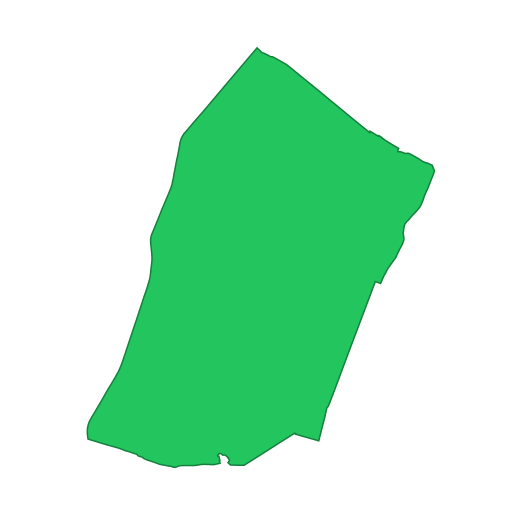 outline of Hillegom, Zuid-Holland, Netherlands, rotated 174°
{"feature_id": "6326949B57976108434899", "entity_name": "Hillegom", "entity_type": "district", "adm_level": 2, "iso_a3": "NLD", "parent_name": "Netherlands", "parent_adm1": "Zuid-Holland", "projection": "mercator", "projection_center": [4.578, 52.295], "detail": "fine", "context": "isolated", "style": "filled", "palette": "green", "viewbox_px": 512, "rotation_deg": 174, "n_neighbors": 0, "source": "geoboundaries", "source_scale": "gbopen_adm2", "svg_char_len": 5722}
<svg xmlns="http://www.w3.org/2000/svg" viewBox="0 0 512 512"><g transform="rotate(174 256 256)"><path d="M184.7,128.9L184.1,130.1L176.3,145.8L140.0,218.1L135.0,215.7L130.8,223.0L129.9,224.2L129.1,225.3L128.7,225.8L128.1,226.8L127.1,228.5L126.9,228.9L126.7,229.0L126.2,229.6L125.0,231.1L123.1,233.2L120.5,236.1L117.7,239.3L117.1,240.0L116.6,240.6L115.9,242.0L114.4,244.5L112.8,247.0L112.6,247.5L112.0,248.3L109.9,251.3L109.5,251.9L109.1,252.7L108.8,253.3L108.1,254.7L107.8,255.3L107.6,255.7L107.3,256.3L107.2,257.1L107.1,257.9L107.0,258.3L107.0,258.6L107.1,258.9L107.1,260.9L107.1,261.5L107.3,262.2L107.3,262.9L107.2,263.6L107.1,264.3L106.8,265.0L106.5,266.2L106.2,267.3L106.0,268.4L105.7,269.5L105.4,270.5L105.1,271.0L104.8,271.7L104.3,272.5L103.3,273.5L102.7,274.3L101.7,275.0L100.5,275.9L99.9,276.5L99.4,277.0L96.5,279.8L93.8,282.0L93.1,282.6L92.4,283.2L88.8,286.6L87.7,287.8L86.7,289.3L85.2,291.9L84.2,293.8L82.7,297.0L82.0,298.5L79.6,302.8L79.2,303.4L79.0,303.7L78.3,304.9L77.1,307.1L76.5,308.3L75.0,311.2L73.5,314.1L72.5,315.9L71.3,318.3L69.9,321.3L69.7,321.8L69.7,322.0L69.7,322.3L69.7,322.5L70.1,323.6L70.4,324.7L70.7,325.7L70.9,325.9L71.1,327.8L73.5,329.1L74.5,329.8L75.5,330.3L77.7,331.2L78.2,331.4L79.1,331.9L80.5,332.8L80.9,333.1L84.3,335.9L87.9,338.5L89.7,339.8L90.6,340.4L92.8,341.8L93.4,342.1L93.5,342.1L93.8,342.2L94.7,342.3L96.1,342.3L96.6,342.4L97.7,342.8L97.8,342.8L98.8,343.4L99.7,343.9L100.2,344.1L101.2,344.4L102.1,344.7L102.7,344.8L103.2,344.9L103.4,344.9L103.9,344.8L104.0,344.9L104.1,345.0L103.7,346.8L103.5,347.2L102.9,348.1L104.6,349.4L107.8,351.7L109.0,352.6L110.9,354.1L112.0,354.9L113.8,356.3L115.6,357.8L116.9,358.8L116.8,359.0L118.5,360.3L118.9,360.7L118.7,360.9L119.8,361.8L121.3,362.9L121.6,362.2L122.7,363.0L129.6,368.2L130.1,366.8L131.5,368.3L135.3,372.1L144.9,381.8L166.1,403.3L173.1,410.5L187.1,424.6L203.0,440.6L204.9,442.4L205.4,443.0L206.0,443.5L206.9,444.1L208.0,444.9L213.2,448.6L218.2,452.1L218.8,452.4L219.1,452.5L219.4,452.5L220.4,452.7L220.6,452.8L220.9,452.9L221.2,453.1L221.5,453.3L222.6,454.1L226.8,456.8L227.9,457.2L228.4,457.3L228.5,457.4L228.7,457.6L228.9,457.8L229.4,458.3L229.8,458.8L230.2,459.4L230.6,459.9L233.2,462.9L259.6,437.7L293.9,404.8L294.7,404.1L295.0,403.8L297.4,401.6L297.8,401.2L298.4,400.6L299.9,399.3L300.6,398.6L302.3,397.0L302.6,396.8L303.0,396.4L303.6,395.8L304.4,395.1L305.3,394.2L306.1,393.4L306.9,392.6L309.4,390.3L310.0,389.6L310.7,389.0L311.5,388.2L311.9,387.8L312.5,387.3L313.0,386.8L313.9,386.0L314.5,385.4L314.8,385.2L315.1,384.9L315.6,384.2L315.8,384.0L316.0,383.7L316.2,383.4L316.5,383.1L316.7,382.8L317.1,382.2L317.3,381.9L317.5,381.7L318.3,380.1L318.6,379.5L318.7,379.3L318.8,379.1L319.4,377.5L319.5,377.1L319.7,376.8L319.9,376.0L320.0,375.5L320.5,373.9L321.0,372.1L321.2,371.3L321.7,369.7L322.2,368.0L322.4,367.3L322.8,366.1L323.1,365.1L323.3,364.6L323.4,364.0L323.5,363.6L323.7,363.2L324.2,361.6L324.6,360.7L324.8,360.0L325.0,359.3L325.2,358.6L325.6,357.5L325.8,356.5L326.2,355.4L326.5,354.2L326.7,353.6L326.9,353.1L327.2,351.9L327.4,351.2L327.7,350.2L328.1,348.9L329.2,345.3L329.4,344.6L329.5,344.0L329.7,343.4L329.9,342.7L330.1,342.0L330.4,341.0L330.7,340.2L330.9,339.5L331.5,337.7L332.0,336.1L332.1,335.8L333.8,332.0L337.5,325.2L343.6,314.2L343.8,313.8L344.5,312.7L344.9,312.0L345.2,311.3L345.8,310.2L345.7,310.1L346.1,309.4L347.3,307.2L348.3,305.4L350.0,302.1L350.6,301.0L351.7,299.1L352.1,298.3L355.5,291.9L356.4,290.3L357.4,288.5L357.8,287.6L358.3,286.3L358.5,285.8L358.7,284.8L358.8,284.3L359.0,283.7L359.1,283.0L359.2,282.2L359.3,281.7L359.3,281.3L359.4,280.9L359.4,279.4L359.4,277.6L359.4,273.8L359.4,272.1L359.4,271.9L359.4,269.4L359.5,268.1L359.5,267.6L359.5,267.1L359.6,265.7L359.7,264.5L359.7,264.1L359.9,263.0L360.0,261.7L360.3,260.8L360.9,257.9L361.9,253.7L362.2,251.8L363.9,244.9L366.0,239.7L368.6,233.6L370.4,229.8L370.4,229.7L370.7,229.1L371.2,228.2L381.8,204.5L387.0,193.2L395.5,174.4L396.5,172.1L397.2,170.7L397.8,169.3L398.1,168.8L398.3,168.3L399.1,166.4L400.5,163.5L401.1,162.3L401.8,161.0L402.2,160.2L402.7,159.3L403.4,158.0L404.2,156.7L404.9,155.4L405.4,154.7L406.0,153.9L406.7,152.9L406.9,152.7L407.4,152.0L408.0,151.0L408.6,150.2L413.8,143.2L416.7,139.5L419.4,135.8L424.1,129.2L433.7,116.2L436.1,113.1L439.1,108.7L440.3,106.2L441.4,103.1L441.9,100.8L442.2,98.4L442.3,95.6L442.2,91.5L425.6,84.4L413.4,79.6L409.9,78.0L409.3,77.6L408.0,76.8L406.5,76.1L402.1,74.4L399.2,72.9L398.7,72.8L398.2,72.5L396.3,71.7L395.9,71.6L395.5,71.3L395.1,71.0L394.9,70.7L394.7,70.3L394.3,69.7L393.5,69.2L390.1,67.8L389.8,67.6L389.5,67.3L389.1,66.5L386.6,65.1L385.2,64.3L383.7,63.7L382.3,63.1L379.4,61.7L378.0,61.1L376.6,60.4L374.0,59.1L372.2,58.5L371.4,58.2L368.9,57.5L365.9,56.6L364.4,56.1L364.3,56.3L363.8,56.1L362.4,55.7L361.8,55.4L361.1,55.1L360.7,54.7L358.9,54.3L358.1,54.3L357.4,54.4L354.6,55.3L353.0,55.4L349.1,55.1L343.4,54.5L341.0,54.2L338.4,54.1L336.1,54.1L332.4,54.4L329.2,54.2L327.7,54.0L319.7,52.9L313.4,53.6L313.7,56.5L313.3,56.5L313.8,60.7L314.1,60.8L314.6,60.9L314.9,60.8L315.1,61.7L315.0,61.8L314.9,61.9L314.8,62.0L314.7,62.1L313.9,62.7L313.3,63.1L313.1,63.2L313.1,63.3L312.9,63.3L312.7,63.4L312.4,63.4L312.2,63.4L311.9,63.3L311.7,63.2L309.8,61.5L309.8,61.4L307.6,61.3L304.8,58.5L305.1,58.3L303.6,55.7L305.5,53.4L303.2,50.8L297.4,50.0L289.7,49.1L268.9,59.4L251.2,68.3L235.9,75.8L235.4,75.4L234.5,74.6L234.8,74.4L233.9,74.1L232.9,73.7L228.1,71.7L218.0,67.7L212.9,65.6L212.3,67.1L211.3,70.0L210.2,72.9L209.1,76.0L208.3,78.2L206.7,82.5L206.1,84.1L205.2,86.3L204.6,88.1L204.3,88.8L204.0,89.8L203.9,90.1L203.6,91.1L203.1,92.6L201.4,97.6L200.0,98.8L198.2,102.0L196.5,105.4L194.6,109.1L192.9,112.5L191.4,115.4L189.9,118.5L188.1,122.0L185.9,126.4L184.7,128.9Z" fill="#22c55e" stroke="#15803d" stroke-width="1.5"/></g></svg>